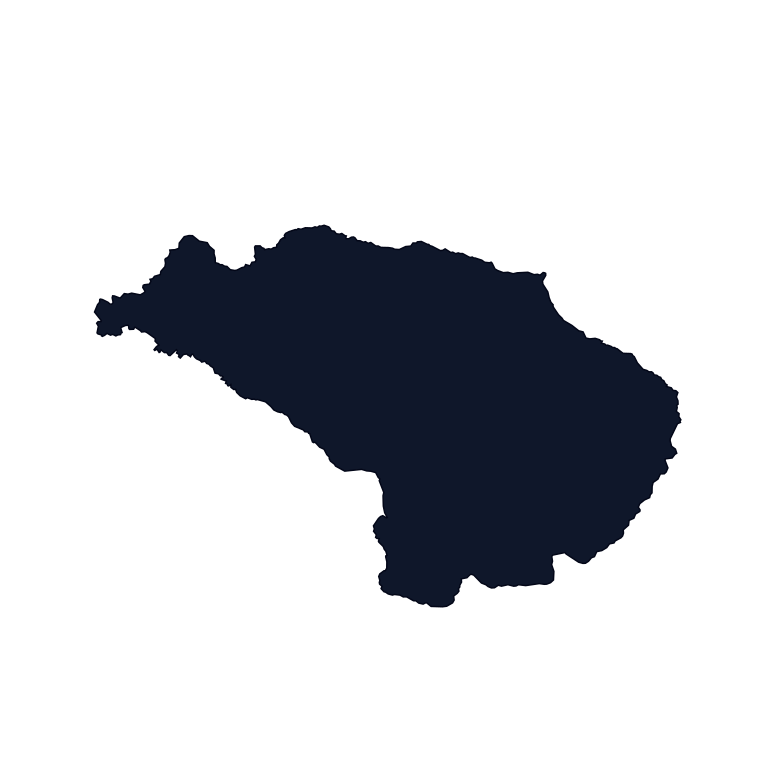 the district of San Lorenzo, Nariño, Colombia, rotated 301°
{"feature_id": "7082276B92699344699207", "entity_name": "San Lorenzo", "entity_type": "district", "adm_level": 2, "iso_a3": "COL", "parent_name": "Colombia", "parent_adm1": "Nariño", "projection": "robinson", "projection_center": [-77.226, 1.559], "detail": "fine", "context": "isolated", "style": "filled", "palette": "ink", "viewbox_px": 768, "rotation_deg": 301, "n_neighbors": 0, "source": "geoboundaries", "source_scale": "gbopen_adm2", "svg_char_len": 6165}
<svg xmlns="http://www.w3.org/2000/svg" viewBox="0 0 768 768"><g transform="rotate(301 384 384)"><path d="M279.8,117.1L279.8,118.1L281.8,119.4L284.7,120.5L285.0,124.4L286.8,125.9L287.1,129.4L288.9,130.5L290.6,132.7L292.4,132.4L293.2,133.0L296.1,129.8L297.1,129.5L300.8,132.1L302.5,134.1L302.3,135.0L300.0,136.9L299.8,137.9L302.0,141.2L304.1,141.0L304.5,141.5L304.3,147.6L303.7,149.4L305.8,152.2L306.0,154.6L305.2,164.6L302.8,165.7L301.4,171.0L298.9,169.7L295.0,169.2L294.7,170.2L296.9,171.6L295.2,175.0L295.7,175.5L298.4,175.3L297.8,179.5L299.0,181.6L297.7,184.7L298.2,186.0L306.5,188.4L306.0,189.9L303.7,190.2L303.8,193.3L301.6,193.8L301.3,196.0L306.0,196.9L308.1,199.4L307.7,201.6L308.4,203.2L307.8,203.3L307.7,204.1L310.3,203.9L311.1,204.7L309.6,207.7L309.0,210.3L309.5,214.3L308.9,216.5L311.0,218.5L311.2,219.5L310.3,221.3L310.8,223.8L310.1,225.8L310.0,229.3L306.3,233.6L307.5,236.9L306.7,239.6L307.4,240.4L307.2,242.5L306.3,242.8L305.1,241.7L304.2,241.9L305.3,247.3L302.9,247.9L303.3,249.3L302.1,251.0L302.4,251.9L304.6,253.0L302.3,254.5L301.9,258.1L303.0,259.5L300.9,262.1L299.8,266.8L300.1,273.0L301.9,274.0L302.7,278.5L304.2,280.6L304.4,282.4L305.5,283.5L307.7,291.6L306.5,298.5L305.0,303.0L305.4,307.2L306.4,310.3L307.4,311.0L306.8,314.6L307.3,316.4L306.8,319.0L303.1,324.7L301.7,329.2L303.1,338.5L302.3,340.7L303.7,343.5L302.9,344.8L303.2,345.9L297.5,352.5L297.5,353.8L298.2,354.3L298.4,355.6L296.7,361.4L297.2,366.2L294.0,371.4L293.2,374.7L291.7,375.6L290.3,377.9L289.7,382.9L288.7,384.7L289.1,395.2L299.3,408.8L300.6,413.9L302.4,417.5L303.8,422.5L300.9,427.2L300.5,429.4L298.7,429.7L290.9,439.7L287.8,440.7L279.0,446.3L274.0,450.9L271.2,455.6L270.5,455.0L270.5,450.8L268.6,449.3L265.9,448.5L257.0,448.0L254.8,450.4L252.4,450.9L250.8,455.1L248.2,455.8L248.0,457.6L249.0,459.5L246.4,460.2L245.8,461.0L244.3,467.1L242.5,469.3L241.6,471.7L238.7,474.9L237.8,474.1L236.8,474.4L233.1,478.0L227.6,481.2L224.6,481.3L223.9,480.2L219.1,478.2L216.3,478.6L213.5,481.6L211.5,482.2L210.2,483.3L209.6,486.5L207.1,486.9L205.9,491.1L206.4,492.4L206.2,495.7L207.4,499.9L209.0,501.4L211.3,506.5L211.4,510.1L213.2,513.0L213.4,520.9L214.6,523.0L214.1,526.6L215.5,530.9L217.9,532.4L218.4,533.4L217.6,538.9L223.2,548.9L225.8,552.2L231.7,555.5L234.9,555.4L238.1,552.9L242.3,554.6L245.0,554.9L246.9,553.3L249.0,553.5L250.5,552.6L254.1,552.5L256.8,550.6L260.7,554.9L264.9,555.9L266.0,557.1L266.4,559.4L263.6,570.0L264.4,574.8L264.0,577.5L264.5,581.1L266.3,583.7L270.4,585.6L271.2,588.8L275.8,593.6L277.5,599.3L278.9,601.2L281.2,602.6L284.2,609.3L292.9,619.9L294.9,624.6L296.3,626.6L299.5,629.1L303.3,630.2L310.9,626.1L315.5,620.7L318.9,619.7L322.6,616.6L324.3,616.8L332.7,625.9L332.1,627.6L331.5,642.6L332.7,646.9L334.1,649.0L337.4,650.6L341.9,651.3L344.4,653.3L349.9,652.7L353.4,656.5L358.5,659.2L363.1,659.6L366.2,663.0L368.6,663.0L374.2,666.3L376.6,666.8L379.5,666.1L382.2,664.2L388.9,666.3L393.3,664.3L397.6,667.3L402.1,666.6L406.5,668.9L407.9,668.4L409.4,665.4L413.2,664.9L418.8,667.0L423.4,670.2L426.2,669.3L428.7,669.8L434.3,666.6L438.2,665.4L443.6,667.8L449.3,667.2L451.4,670.5L453.9,671.2L458.3,670.6L463.3,664.2L464.7,663.7L469.0,669.1L473.5,669.6L475.4,670.6L478.3,667.3L478.7,662.6L482.8,658.4L484.7,657.5L501.1,656.0L503.7,657.9L504.5,656.9L506.2,656.9L507.9,653.5L510.6,652.2L511.1,648.7L514.8,647.5L516.5,645.9L518.1,646.5L521.0,644.6L523.5,641.3L528.0,640.3L528.6,637.6L527.4,635.1L528.7,632.2L527.3,627.3L529.0,627.2L529.1,625.0L530.9,622.2L530.8,619.9L532.2,617.7L531.7,615.7L532.0,613.4L530.9,610.8L532.0,609.2L532.3,607.2L530.9,604.8L531.0,602.3L530.0,598.5L532.6,590.3L536.3,584.5L536.5,582.6L537.4,581.2L537.1,579.7L533.4,573.1L534.3,565.6L533.7,564.1L534.1,563.1L533.0,561.1L533.2,559.3L532.5,555.7L531.5,554.2L532.0,552.7L530.9,549.3L533.2,549.0L532.6,547.8L533.0,546.0L531.9,541.5L528.7,537.2L527.4,533.5L531.2,527.8L529.9,523.5L531.0,514.9L530.9,505.1L532.1,502.7L533.2,498.0L536.7,490.4L537.8,488.7L539.0,488.2L540.0,485.0L543.0,481.1L547.3,477.0L551.4,468.8L553.9,466.8L560.4,466.7L562.1,465.6L562.1,464.5L561.5,463.0L557.7,461.7L557.1,459.0L555.0,456.3L553.9,449.8L547.9,440.9L545.0,437.9L543.6,432.7L540.9,428.9L539.8,422.9L539.8,419.8L543.3,414.4L543.6,413.1L542.2,411.9L540.2,407.6L540.5,404.0L538.9,397.1L538.2,396.1L538.3,394.3L536.9,392.8L536.6,391.5L536.3,384.2L535.0,382.0L534.6,380.1L532.6,378.3L532.4,375.0L531.1,373.6L531.3,366.8L528.8,365.5L527.4,363.6L526.8,354.2L526.2,352.1L526.7,350.5L526.0,349.1L525.4,342.6L523.0,339.3L521.6,339.3L519.8,336.2L516.0,335.9L513.0,331.8L507.2,327.9L505.0,323.8L504.8,321.4L503.3,317.7L499.5,311.0L499.3,307.9L498.0,305.9L498.5,299.8L496.3,297.8L496.5,294.9L494.8,293.1L494.5,289.9L493.0,287.1L494.4,283.7L494.3,282.1L493.0,280.4L490.4,279.0L489.1,276.9L490.1,275.7L491.5,275.4L491.0,274.3L491.3,270.3L489.5,268.7L488.2,265.7L489.4,262.6L488.2,259.9L489.5,258.0L490.2,255.8L489.2,250.9L486.9,248.8L486.2,247.2L483.8,246.1L483.2,243.9L480.7,242.0L477.4,236.1L473.9,233.2L472.9,230.4L471.2,229.7L470.7,228.5L465.8,224.2L462.4,222.1L460.1,222.0L458.2,223.8L457.4,222.3L454.3,221.0L450.4,221.1L448.1,220.4L445.9,221.5L443.9,219.1L441.5,217.9L440.6,215.6L437.7,212.5L438.4,211.2L438.0,209.3L438.6,206.7L436.1,202.6L434.7,202.6L428.9,207.0L426.7,207.1L425.0,210.2L422.5,210.8L420.3,208.1L416.3,208.4L415.1,203.9L412.5,204.2L410.4,202.1L405.9,199.3L404.5,197.7L402.8,193.4L403.9,188.8L402.9,186.7L402.9,183.8L401.8,182.0L402.0,180.0L401.1,176.9L405.1,174.4L408.0,171.3L411.1,169.5L412.1,163.5L414.1,159.7L411.3,152.1L412.5,143.5L410.8,140.4L407.4,136.9L399.4,135.9L394.7,138.3L391.5,135.7L388.5,131.4L386.8,132.9L383.5,133.7L380.9,133.4L379.0,132.1L377.7,132.2L375.0,134.5L371.7,135.8L365.7,134.7L362.6,135.9L358.1,131.8L355.1,131.5L353.2,129.5L352.1,131.3L348.8,131.5L345.6,127.4L344.5,126.8L342.5,127.5L340.3,131.6L338.7,131.3L334.9,129.2L331.9,120.9L329.2,118.3L327.7,114.8L321.7,113.6L320.6,107.5L319.8,106.0L317.9,106.6L314.3,109.9L312.1,109.5L311.4,107.9L311.9,105.4L311.4,99.3L310.8,97.3L310.1,96.8L307.5,98.1L304.5,97.6L296.6,98.8L292.7,109.1L291.8,109.3L290.2,106.8L288.1,106.4L286.4,109.4L280.0,111.7L279.6,113.0L280.6,116.7L279.8,117.1Z" fill="#0f172a" stroke="#020617" stroke-width="1.5"/></g></svg>